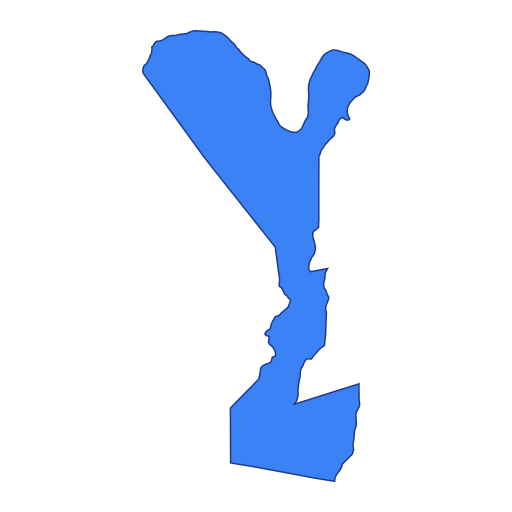 Rodelas, Bahia, Brazil
{"feature_id": "56859067B89920954652408", "entity_name": "Rodelas", "entity_type": "district", "adm_level": 2, "iso_a3": "BRA", "parent_name": "Brazil", "parent_adm1": "Bahia", "projection": "robinson", "projection_center": [-38.654, -9.234], "detail": "fine", "context": "isolated", "style": "filled", "palette": "blue", "viewbox_px": 512, "rotation_deg": 0, "n_neighbors": 0, "source": "geoboundaries", "source_scale": "gbopen_adm2", "svg_char_len": 4295}
<svg xmlns="http://www.w3.org/2000/svg" viewBox="0 0 512 512"><path d="M156.4,41.4L154.8,42.9L153.6,44.6L153.1,46.1L151.8,46.9L152.0,49.0L151.7,50.9L151.7,52.6L151.3,54.1L150.1,55.4L149.8,57.4L148.6,59.9L147.7,61.2L147.2,62.6L145.9,64.2L144.2,65.4L143.2,68.0L142.7,70.1L142.9,72.1L143.7,74.0L145.9,77.0L192.6,141.3L203.5,156.4L205.1,158.4L213.2,168.8L214.4,170.3L263.9,232.8L266.2,235.6L268.1,238.1L275.2,247.0L279.7,280.1L279.5,281.8L279.1,283.7L279.3,286.3L281.3,287.6L282.7,289.7L283.8,292.3L284.6,294.2L285.9,295.0L287.4,296.3L288.3,298.1L289.7,299.1L290.6,300.4L289.9,302.4L288.9,304.9L288.2,307.0L286.6,308.5L285.0,309.9L283.5,311.2L282.0,312.3L281.0,313.3L279.6,314.9L277.9,316.0L276.2,316.2L274.8,317.4L273.8,319.2L272.5,321.7L271.5,323.5L271.1,325.1L270.6,327.3L270.0,328.9L268.6,329.9L267.2,330.7L265.8,332.0L264.9,333.8L265.5,335.1L267.0,335.8L268.8,336.1L269.3,337.5L268.8,339.4L268.5,341.9L269.1,343.7L270.6,345.3L271.9,346.2L273.2,347.8L274.5,350.0L275.4,352.7L275.7,354.7L275.2,356.4L273.9,356.5L272.4,357.2L271.8,358.7L271.6,360.3L270.8,361.9L268.7,363.4L267.0,363.8L265.7,364.3L264.0,365.1L262.4,366.1L261.1,367.4L260.6,369.1L260.4,370.6L260.1,372.4L259.7,375.0L259.3,376.8L258.8,379.0L250.9,387.2L243.6,394.5L230.4,408.0L230.6,458.7L230.5,462.9L253.0,466.6L297.3,474.8L313.1,477.8L316.0,478.3L334.6,481.3L334.9,478.8L335.4,476.9L336.1,475.5L337.0,473.8L338.5,472.0L340.0,470.2L341.2,467.7L342.0,465.9L342.0,464.4L348.4,458.0L350.2,456.2L352.3,454.2L353.6,449.6L352.9,444.7L354.0,438.3L354.5,430.8L356.3,425.6L356.3,421.0L355.8,415.1L356.3,412.4L359.1,406.9L359.7,403.8L359.3,401.9L359.0,397.8L359.1,394.9L358.9,389.0L359.0,383.8L356.2,384.7L350.2,386.6L331.6,392.4L313.1,398.3L294.3,404.2L296.5,401.1L297.7,397.5L298.1,394.4L297.9,391.0L298.2,388.1L298.4,385.1L299.1,381.5L300.1,376.5L300.2,373.9L300.5,371.0L301.2,368.4L302.9,365.8L304.3,362.0L306.0,359.5L307.6,358.8L311.2,359.0L312.5,357.6L313.6,355.6L314.7,354.5L315.6,353.6L316.7,352.4L317.7,351.1L319.3,349.3L321.4,347.6L323.0,346.4L324.5,345.4L325.6,334.1L326.4,311.9L325.7,310.6L325.5,308.8L325.8,307.2L326.3,304.9L327.2,302.7L328.0,300.7L328.6,299.2L328.6,296.8L327.5,294.9L326.7,293.3L326.4,291.7L325.4,289.8L324.1,287.8L323.6,284.2L324.1,281.2L324.9,278.1L325.0,276.5L325.1,273.4L326.8,270.0L327.6,268.5L310.7,271.7L309.2,270.4L308.5,267.2L308.9,265.5L309.4,262.7L310.1,260.9L311.9,257.2L314.4,253.6L315.4,249.2L315.3,246.1L314.1,241.2L313.1,237.9L312.7,235.2L312.8,232.8L314.2,230.7L316.5,229.3L318.7,226.9L318.5,224.0L318.8,222.1L318.8,183.9L318.8,182.2L318.9,156.5L319.8,154.6L320.4,153.3L320.8,151.3L321.6,149.5L323.2,147.8L324.3,145.9L325.1,144.6L326.3,143.5L327.7,142.0L328.9,140.3L330.3,138.8L332.2,137.3L333.7,135.8L334.8,133.8L334.7,131.5L334.5,129.6L334.7,127.8L335.4,126.5L336.4,125.0L337.9,122.8L338.7,121.0L339.5,119.1L341.4,118.3L342.8,117.4L344.4,118.9L346.0,119.9L347.4,120.1L348.7,119.9L349.8,118.8L348.6,117.1L347.2,112.6L347.2,110.6L347.4,108.4L348.5,105.4L350.1,102.7L351.1,101.4L353.6,98.8L355.0,97.1L359.4,95.1L360.5,94.3L362.8,92.3L365.0,89.6L366.2,86.2L367.7,83.6L369.2,76.2L369.3,71.3L368.8,69.6L367.7,68.2L367.1,66.8L364.6,63.6L357.9,58.7L356.5,57.8L354.9,56.5L353.1,55.4L350.5,54.0L348.5,53.4L342.3,52.0L337.8,50.5L334.7,50.1L333.1,50.0L331.7,50.4L328.4,51.9L325.0,54.0L323.9,54.9L322.1,57.3L320.6,60.2L316.3,67.1L315.2,69.6L313.1,73.2L311.1,77.6L310.2,79.1L309.0,83.7L308.6,85.4L308.5,91.0L308.7,94.0L308.8,97.6L308.0,106.1L308.3,111.5L308.3,113.7L307.6,116.9L305.1,120.8L302.3,127.1L301.3,128.8L299.7,130.4L298.4,131.4L296.3,132.2L294.0,132.4L292.1,132.2L288.3,130.8L286.5,130.1L283.3,128.1L281.5,127.0L280.0,125.8L279.2,124.7L278.1,122.0L276.3,119.4L272.5,112.0L271.0,106.9L270.6,104.8L270.5,101.2L270.7,98.2L270.9,95.6L270.7,90.3L269.7,84.7L268.5,79.1L266.8,75.7L265.7,71.5L265.0,69.9L264.1,68.9L262.8,68.0L260.4,65.3L256.8,63.9L254.6,62.5L250.4,61.2L247.9,58.3L245.7,56.9L242.6,54.1L240.4,51.8L239.0,49.7L236.4,47.5L235.0,44.8L232.2,42.3L230.7,40.9L229.2,39.1L225.2,35.5L222.1,33.4L220.6,32.6L216.7,31.9L214.0,31.8L210.6,32.0L207.6,31.5L202.2,31.2L200.9,31.1L199.4,31.0L194.0,30.7L190.2,31.9L186.6,33.6L180.1,34.3L178.3,34.7L175.3,35.5L172.7,35.4L168.9,36.1L167.5,36.7L163.5,39.6L162.0,40.2L160.3,40.9L159.0,41.1L156.4,41.4Z" fill="#3b82f6" stroke="#1e3a8a" stroke-width="1.5"/></svg>